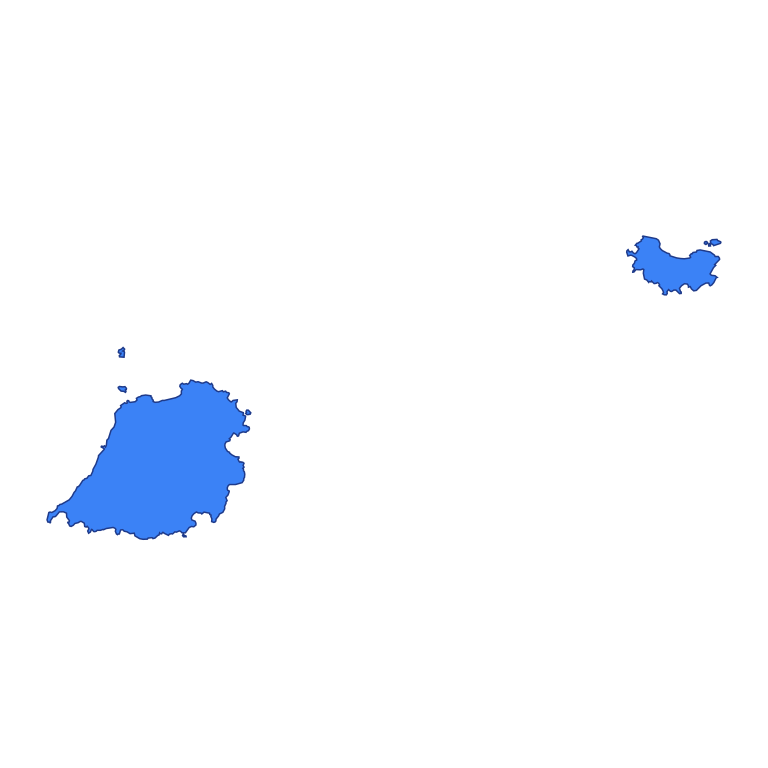 Ko Pha-Ngan, Surat Thani, Thailand, rotated 97°
{"feature_id": "78962969B87501565170923", "entity_name": "Ko Pha-Ngan", "entity_type": "district", "adm_level": 2, "iso_a3": "THA", "parent_name": "Thailand", "parent_adm1": "Surat Thani", "projection": "albers", "projection_center": [99.987, 9.896], "detail": "fine", "context": "isolated", "style": "filled", "palette": "blue", "viewbox_px": 768, "rotation_deg": 97, "n_neighbors": 0, "source": "geoboundaries", "source_scale": "gbopen_adm2", "svg_char_len": 6114}
<svg xmlns="http://www.w3.org/2000/svg" viewBox="0 0 768 768"><g transform="rotate(97 384 384)"><path d="M493.8,511.1L490.5,511.2L488.2,511.9L487.3,512.8L485.4,513.2L484.9,513.9L483.6,512.8L482.0,513.9L479.7,513.3L478.8,514.7L479.1,515.5L478.6,516.6L479.2,517.4L478.7,518.3L476.4,519.8L475.3,518.9L474.1,519.1L474.3,522.7L472.9,526.3L471.4,528.8L470.6,529.0L470.0,531.1L466.9,533.7L464.4,534.5L462.8,534.5L460.7,533.6L459.2,530.2L458.0,529.9L457.2,530.9L455.6,529.5L451.1,527.4L450.9,527.1L452.3,524.1L453.5,523.4L453.7,522.7L453.1,522.0L450.5,521.6L448.7,518.1L448.8,515.1L447.7,514.4L446.8,512.8L445.0,512.1L443.4,512.5L443.0,513.4L443.0,514.6L442.1,515.5L442.3,518.5L441.9,518.9L439.7,519.0L436.9,517.7L433.2,517.4L432.4,518.1L432.2,520.0L429.6,520.2L428.6,524.3L425.3,527.8L421.3,528.8L419.5,527.7L417.6,527.7L418.7,531.8L420.3,533.2L420.3,534.0L418.6,536.5L416.9,537.9L412.6,536.3L411.6,537.0L411.5,539.3L410.4,540.3L411.3,542.6L410.3,543.6L411.8,547.3L411.4,549.0L409.7,551.7L407.9,553.5L406.2,553.8L404.4,555.2L405.6,556.5L404.0,559.1L403.5,560.8L405.1,563.6L405.3,565.1L404.4,568.8L405.1,571.1L403.9,573.9L403.7,576.3L407.0,577.7L408.2,578.9L407.7,580.0L408.6,582.8L407.8,584.3L409.4,586.1L411.1,586.4L412.7,585.2L413.8,583.5L415.7,584.3L418.5,583.9L420.6,585.4L423.0,589.1L427.1,600.1L427.3,602.0L429.4,605.6L430.1,609.1L429.5,611.0L428.2,611.1L426.9,612.5L425.6,612.8L424.9,613.9L424.1,613.9L424.0,619.2L425.1,623.2L426.3,624.5L426.9,626.2L428.4,628.0L430.0,627.2L431.9,628.8L433.2,633.6L432.8,634.8L431.7,635.4L431.6,636.4L432.4,637.1L434.1,636.5L434.7,637.7L434.2,639.1L437.5,642.8L438.6,642.1L439.7,642.4L441.8,644.9L446.1,647.6L454.7,645.7L459.6,646.7L463.3,649.3L471.7,650.8L473.5,652.2L478.6,652.1L480.5,652.7L479.4,653.8L480.4,655.2L480.0,656.5L480.4,657.0L481.0,657.0L482.2,654.0L482.9,653.7L489.8,658.6L491.5,658.6L498.7,660.2L504.2,662.4L506.1,662.4L510.5,663.8L511.1,665.9L513.8,667.4L514.6,669.5L515.9,670.2L516.4,671.2L521.6,673.7L523.2,674.9L523.5,675.9L527.7,677.2L529.4,678.4L533.5,679.9L537.4,682.4L542.6,689.4L543.0,690.9L544.3,691.9L544.8,693.2L547.4,693.3L549.8,695.0L552.0,698.0L551.8,699.9L552.4,701.0L559.9,701.9L562.0,700.8L561.9,698.9L562.4,698.5L561.8,698.1L560.4,698.4L556.2,696.3L555.8,694.4L555.0,693.5L550.5,690.6L549.9,686.6L550.9,683.4L554.7,682.7L558.0,679.6L559.3,679.7L559.7,680.9L560.3,681.0L560.8,680.1L563.2,678.7L563.5,677.2L562.1,675.2L560.1,673.8L558.9,670.6L557.4,668.8L557.3,667.5L558.7,664.5L561.9,663.7L562.3,662.2L561.4,661.3L562.7,659.8L563.8,659.3L566.0,660.2L568.1,659.0L566.7,657.4L564.0,656.6L564.1,655.9L565.8,654.2L565.8,653.0L565.2,651.7L564.2,650.9L563.8,647.7L562.6,645.2L562.8,644.6L561.3,642.1L559.4,635.4L559.9,633.6L560.9,632.4L562.9,632.7L565.4,631.3L566.0,630.2L565.4,629.7L565.1,628.4L561.1,627.7L560.5,626.1L560.6,625.4L561.8,623.9L562.0,621.1L563.5,617.8L562.5,613.7L565.1,612.7L567.3,607.6L567.5,604.2L566.8,599.9L565.7,599.4L564.9,596.2L564.9,595.0L565.6,594.5L564.8,592.5L561.9,590.1L561.3,588.9L559.3,588.6L559.9,588.1L559.8,586.4L558.3,585.7L558.3,584.7L558.9,584.2L560.5,579.5L559.2,578.7L558.5,576.9L558.6,575.6L556.3,573.6L556.3,571.9L554.7,569.2L555.2,567.7L556.3,566.4L555.9,563.0L550.2,559.9L548.9,557.8L548.9,555.4L546.9,553.5L545.1,553.7L543.2,554.8L542.3,558.2L540.6,558.9L538.2,558.4L535.9,556.9L533.9,554.6L534.6,552.7L534.4,550.1L535.2,549.0L533.1,547.0L533.5,541.4L534.8,541.0L535.2,539.7L536.6,539.7L538.9,538.4L541.6,538.3L542.1,536.0L541.4,534.7L540.5,534.2L538.5,534.2L535.1,532.1L533.1,531.5L531.0,528.3L527.3,526.9L524.9,527.3L521.8,526.3L520.6,526.5L518.9,525.5L515.9,527.2L513.2,525.3L509.7,524.5L508.9,524.8L508.6,526.1L507.6,526.7L506.0,526.9L504.0,526.3L502.6,525.1L501.9,519.2L499.2,512.8L496.6,511.5L494.9,511.7L493.8,511.1ZM225.2,70.4L219.5,66.1L218.2,66.4L216.7,67.8L217.1,70.9L215.8,71.7L213.2,76.3L212.4,86.5L213.3,89.6L214.9,90.0L215.8,93.3L217.3,94.2L217.3,94.9L219.2,96.3L220.7,95.1L221.7,95.9L223.1,101.2L223.3,104.9L223.2,108.9L221.9,115.8L220.6,116.1L219.8,117.0L219.6,119.0L217.6,124.1L215.9,126.3L214.4,127.4L211.2,127.1L207.8,129.1L206.6,131.5L205.6,145.0L206.2,145.3L207.1,144.4L208.7,145.1L209.5,146.3L210.6,146.0L213.3,149.2L213.5,150.1L215.6,151.5L215.7,150.6L217.2,149.5L216.9,148.6L218.1,148.4L218.8,147.4L223.0,149.5L224.1,150.7L223.6,152.4L222.0,154.1L222.8,155.1L222.9,156.6L220.9,158.1L222.1,159.1L223.6,159.2L227.2,157.5L226.1,155.0L226.1,153.9L227.3,150.7L228.6,148.7L230.2,148.3L231.2,149.8L233.7,150.2L235.5,151.5L237.2,151.5L238.2,149.7L240.1,149.7L241.5,150.7L242.7,150.7L242.4,149.6L239.7,147.8L239.4,143.3L238.3,141.1L238.7,140.1L242.5,140.1L248.1,138.2L248.7,135.9L250.8,133.7L250.1,133.5L250.1,131.3L249.2,131.0L251.4,128.1L250.9,126.1L250.0,125.1L250.5,123.7L252.1,122.5L253.0,123.1L255.6,119.8L257.6,118.4L259.2,117.7L260.6,118.5L261.3,116.7L261.1,114.6L259.6,113.9L257.8,114.4L255.6,113.0L257.1,111.0L257.1,109.7L255.5,107.8L255.2,105.7L258.3,101.7L257.9,100.1L256.5,100.2L256.3,100.9L253.0,102.4L250.1,100.6L247.8,97.9L247.9,95.0L249.3,93.9L250.8,93.6L250.0,91.9L252.1,90.5L253.8,87.9L253.0,85.3L247.8,81.3L244.6,76.8L244.2,74.0L246.3,73.0L246.8,72.2L245.7,70.7L243.1,69.0L238.0,67.2L237.6,66.3L236.2,68.6L236.2,72.3L235.0,73.8L228.3,71.1L225.8,69.2L225.2,70.4ZM389.1,645.3L384.2,645.4L383.5,645.8L383.1,647.3L382.1,646.0L381.0,645.7L379.6,647.4L381.4,648.9L382.6,651.3L384.8,651.6L385.6,650.7L385.6,648.8L386.4,648.9L388.1,650.2L389.3,649.8L389.1,645.3ZM206.5,73.7L203.5,67.4L202.7,66.9L201.8,67.2L200.9,70.3L199.9,71.1L200.8,75.9L202.3,77.5L204.9,76.5L205.4,74.6L206.5,73.7ZM421.4,640.0L420.9,639.1L419.7,639.1L418.2,640.8L418.7,642.8L418.7,646.3L419.7,647.4L420.9,646.9L423.1,644.1L423.0,641.4L423.8,639.6L423.0,639.2L421.4,640.0ZM430.2,513.8L430.2,513.1L428.8,512.7L426.5,515.5L426.6,517.0L427.9,517.6L428.9,517.0L430.0,517.8L431.1,516.3L430.7,514.2L430.2,513.8ZM204.1,80.2L203.3,81.1L203.5,82.5L204.3,83.2L205.6,83.1L206.3,81.5L205.2,80.3L204.1,80.2ZM559.0,565.5L560.1,564.3L559.7,561.8L559.0,562.0L558.5,564.0L557.1,564.9L559.0,565.5ZM207.5,78.5L207.2,76.8L205.5,77.2L204.8,78.4L205.6,78.9L207.5,78.5Z" fill="#3b82f6" stroke="#1e3a8a" stroke-width="1.5"/></g></svg>